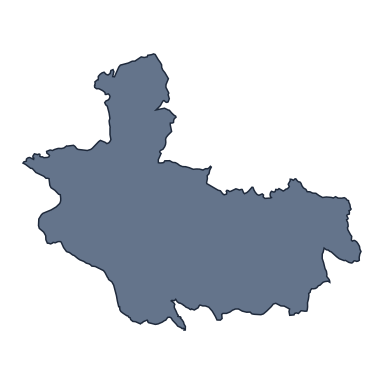 Hopang, Shan, Myanmar (Natural Earth projection)
{"feature_id": "60261553B42594704122339", "entity_name": "Hopang", "entity_type": "district", "adm_level": 2, "iso_a3": "MMR", "parent_name": "Myanmar", "parent_adm1": "Shan", "projection": "natural_earth1", "projection_center": [98.938, 23.1], "detail": "fine", "context": "isolated", "style": "filled", "palette": "slate", "viewbox_px": 384, "rotation_deg": 0, "n_neighbors": 0, "source": "geoboundaries", "source_scale": "gbopen_adm2", "svg_char_len": 5961}
<svg xmlns="http://www.w3.org/2000/svg" viewBox="0 0 384 384"><path d="M289.7,315.3L294.0,314.9L294.6,313.5L296.3,312.9L298.4,313.5L301.1,310.7L304.9,311.2L306.8,311.1L307.3,309.5L307.6,306.9L307.5,302.7L308.4,299.2L308.9,295.7L308.7,293.5L310.2,292.2L310.4,290.5L311.7,288.7L313.4,288.8L315.4,288.5L316.9,287.6L318.4,285.7L320.0,285.2L323.0,282.3L324.8,281.6L328.0,281.2L329.8,282.3L329.7,281.1L329.1,279.5L326.7,276.4L326.9,274.4L326.4,271.2L325.0,268.6L323.6,262.7L322.2,258.5L322.3,253.9L323.1,252.4L324.1,248.1L326.4,249.8L328.3,250.1L329.7,251.3L331.3,251.9L336.7,256.8L339.4,258.8L344.1,260.6L345.5,260.4L348.9,262.4L351.4,263.0L352.3,262.8L354.2,260.8L355.3,260.9L356.5,261.4L357.9,261.2L359.3,260.3L359.2,257.4L359.8,254.1L361.0,251.5L359.9,249.2L359.5,246.4L358.0,243.7L356.6,241.8L354.7,240.5L353.7,240.5L352.3,241.1L351.4,240.1L351.7,236.3L350.5,234.7L347.7,229.5L347.5,227.4L348.1,226.6L348.1,224.9L347.7,222.4L346.7,220.5L346.6,219.7L347.6,219.3L348.1,218.4L346.7,215.7L347.3,214.7L349.3,214.1L349.4,212.2L349.0,210.6L350.3,210.1L351.1,209.0L350.4,207.9L349.9,204.6L348.7,202.0L348.5,200.6L347.1,200.1L345.8,198.5L344.3,197.7L341.6,198.2L338.1,198.1L335.6,196.7L333.3,198.0L331.3,197.4L326.3,197.0L322.6,197.5L318.9,195.5L315.9,193.3L312.6,193.1L310.0,191.8L307.2,191.7L305.9,189.4L303.4,187.9L301.9,185.7L301.0,183.3L299.9,182.0L298.4,181.8L297.1,180.6L296.0,179.0L295.1,178.8L293.3,180.3L291.8,179.4L290.2,179.2L290.1,180.9L288.2,184.2L289.3,186.7L287.5,188.7L285.8,189.2L284.4,190.4L283.2,191.0L279.0,188.6L277.8,189.7L275.8,189.4L275.1,191.6L273.9,192.1L271.5,191.3L270.6,192.5L270.1,194.3L270.3,196.3L271.4,197.6L269.8,198.1L264.8,198.4L263.2,196.9L263.5,195.0L262.2,193.9L258.9,195.3L257.0,194.4L255.2,192.2L254.0,190.1L253.0,187.4L252.0,187.2L248.7,191.0L247.0,192.5L244.5,193.7L243.5,192.6L242.2,189.5L241.2,189.4L239.6,190.0L235.9,188.8L230.7,191.3L229.4,191.5L228.5,190.7L227.0,190.3L226.2,191.2L226.8,192.4L226.5,194.1L224.1,194.8L222.6,193.7L220.4,190.8L218.1,190.2L206.8,183.6L206.6,182.5L207.4,178.6L207.2,175.7L209.0,173.7L209.7,170.3L211.3,167.1L210.4,166.3L209.0,167.9L207.8,168.7L205.5,168.7L203.0,170.0L199.5,169.1L196.3,169.0L193.2,169.3L189.3,167.7L185.6,166.7L182.5,166.6L179.6,165.4L177.6,163.8L175.3,162.6L172.7,162.4L169.7,160.7L164.8,160.8L163.7,162.5L162.6,162.8L160.0,163.0L158.4,162.7L158.3,159.7L161.1,153.4L159.9,152.5L159.7,151.5L160.6,150.4L163.0,149.2L164.6,146.8L165.5,144.6L165.8,142.5L165.6,139.2L166.2,137.4L168.1,135.0L171.6,131.5L170.2,124.6L170.3,123.1L172.3,123.0L173.5,122.5L173.7,120.0L174.4,118.6L176.0,117.3L175.7,116.2L173.9,115.1L171.5,112.8L169.4,110.3L168.2,110.0L164.5,108.2L156.1,109.9L160.4,105.6L162.1,102.4L163.3,100.7L164.2,100.6L165.6,102.0L166.8,102.4L168.1,101.9L169.3,98.7L168.1,94.6L168.8,93.1L165.9,87.3L166.0,84.6L168.4,78.7L164.9,72.7L162.8,70.1L161.7,67.5L161.6,64.8L160.2,62.3L158.2,59.6L155.2,54.5L153.6,53.9L151.4,54.7L147.7,55.3L147.3,56.8L144.2,57.5L141.2,56.9L134.9,61.1L132.2,61.2L128.4,63.0L120.4,65.1L118.8,67.1L114.5,76.8L112.7,76.6L113.9,71.7L113.0,69.6L110.9,70.5L110.1,73.5L108.0,75.0L106.2,74.4L104.1,72.2L102.0,72.9L100.1,74.3L98.3,76.4L98.3,78.9L98.1,79.8L97.4,79.8L94.9,81.9L95.2,83.4L94.8,84.4L95.0,85.2L94.5,85.7L94.7,87.3L96.4,88.7L98.9,88.7L102.6,90.6L104.9,92.4L105.3,94.4L106.0,94.5L108.2,93.9L108.7,94.2L109.5,95.2L110.0,96.5L109.4,98.6L108.1,100.0L105.9,101.0L104.7,102.6L105.7,104.8L107.3,106.2L109.1,113.1L109.9,118.4L109.1,120.9L109.5,124.3L110.2,127.3L110.0,127.9L110.0,134.6L110.9,139.6L110.0,141.4L108.8,142.8L106.9,143.6L105.1,142.3L100.4,140.4L98.7,141.6L92.3,148.3L90.8,149.4L87.3,150.5L78.0,149.4L76.7,148.6L75.1,146.5L73.5,145.3L67.3,146.1L66.7,145.9L63.8,148.0L61.6,148.5L58.2,148.4L54.5,149.5L52.6,150.5L50.1,150.0L46.6,151.4L46.9,153.2L48.9,154.7L49.5,155.6L48.9,156.8L47.6,157.4L43.9,157.7L42.4,156.8L41.2,156.9L39.9,156.4L39.9,154.4L39.1,154.0L37.6,154.6L34.4,153.8L32.9,156.1L32.9,157.2L33.9,158.1L33.6,159.4L29.7,157.5L28.8,157.6L27.5,158.1L26.4,159.2L26.4,161.1L23.8,161.9L23.0,163.1L25.5,164.4L30.7,168.3L32.3,168.5L35.9,172.5L43.9,176.3L46.0,178.3L47.3,178.2L49.0,178.6L49.8,185.2L51.0,187.7L54.9,190.3L58.6,194.2L60.3,194.7L60.7,198.3L60.7,200.5L60.2,202.5L59.5,203.7L56.2,206.9L51.2,209.9L43.0,213.3L41.5,214.6L38.8,219.0L38.5,225.6L39.3,228.4L43.7,232.1L45.7,235.7L45.9,239.8L47.4,243.2L48.4,243.2L50.7,243.9L52.4,243.1L53.1,242.4L55.3,242.8L58.0,241.6L60.5,241.6L61.2,242.2L63.6,247.6L66.3,251.3L67.0,251.8L69.4,252.5L72.7,255.0L74.2,255.5L77.7,258.4L79.8,259.8L84.0,261.5L86.2,263.1L89.1,263.9L90.3,264.6L91.8,266.1L95.3,266.5L103.5,270.6L105.0,272.5L107.5,277.4L108.2,278.2L108.6,279.5L111.8,281.8L113.7,285.2L116.4,295.5L117.4,301.1L118.7,306.7L119.6,306.7L119.9,309.8L120.9,311.5L122.9,313.1L126.8,315.7L127.8,315.8L129.0,317.4L130.1,317.7L130.7,319.6L132.8,321.4L135.5,321.7L140.5,323.9L141.2,323.1L142.4,322.7L143.3,321.7L147.1,320.1L147.7,320.8L147.8,321.8L148.6,322.7L155.4,324.4L158.2,323.9L162.3,322.1L164.5,320.6L165.7,320.2L167.7,317.4L169.9,317.2L171.4,318.2L172.4,320.1L176.1,324.0L177.7,326.1L180.9,327.6L182.2,328.7L183.2,328.3L184.1,328.7L184.0,330.1L185.3,330.0L185.4,326.4L184.1,324.2L183.5,322.0L181.9,319.6L180.5,318.2L180.9,317.5L180.5,316.9L177.9,316.4L178.2,315.2L177.4,314.4L176.1,311.2L174.3,307.6L174.3,305.6L174.8,304.5L174.3,303.5L173.2,302.3L171.2,300.9L171.8,300.4L174.5,300.6L175.7,299.3L177.2,301.7L179.1,303.1L180.1,303.1L183.0,304.6L183.4,305.3L184.2,305.5L185.9,307.1L188.8,308.3L189.8,309.2L190.8,309.6L191.4,308.9L194.3,310.0L198.1,307.8L199.0,306.0L200.0,305.0L202.7,305.9L205.3,305.9L208.8,307.2L212.3,311.2L215.4,316.5L217.0,320.0L220.4,320.1L222.1,318.5L221.7,314.4L222.9,313.4L226.5,313.4L230.0,312.0L232.3,310.3L235.4,309.0L238.5,309.0L242.2,311.1L246.6,312.2L250.1,312.1L252.0,313.9L254.4,314.3L260.9,314.7L263.4,313.9L266.6,311.2L271.3,306.6L273.3,304.0L275.8,303.3L280.9,305.9L284.2,306.1L289.6,309.0L289.0,311.5L289.7,315.3Z" fill="#64748b" stroke="#1e293b" stroke-width="1.5"/></svg>